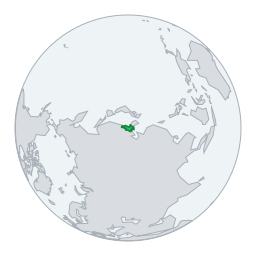 North Korea on an orthographic globe, rotated 240°
{"feature_id": "PRK", "entity_name": "North Korea", "entity_type": "country or territory", "adm_level": 0, "iso_a3": "PRK", "parent_name": "Asia", "parent_adm1": "", "projection": "orthographic", "projection_center": [127.346, 40.359], "detail": "fine", "context": "on_globe", "style": "filled", "palette": "green", "viewbox_px": 256, "rotation_deg": 240, "n_neighbors": 0, "source": "natural_earth", "source_scale": "50m", "svg_char_len": 13069}
<svg xmlns="http://www.w3.org/2000/svg" viewBox="0 0 256 256"><g transform="rotate(240 128 128)"><circle cx="128" cy="128" r="113" fill="#eef3f6" stroke="#a8b0b8"/><path d="M214.0,194.3L214.0,194.7L213.8,194.9L214.0,194.3ZM212.7,53.7L212.6,53.8L213.3,54.4L214.8,56.2L213.3,55.0L213.9,56.7L209.6,55.0L199.4,49.0L200.0,48.1L197.5,47.0L196.6,48.2L196.7,49.4L186.8,49.4L182.6,55.8L185.0,60.2L181.6,57.6L188.6,67.9L188.7,74.2L186.3,65.7L184.3,63.8L183.3,67.2L181.0,66.1L179.2,67.1L176.5,65.6L175.3,61.0L173.6,60.0L173.0,62.5L169.9,62.7L171.1,59.1L165.9,59.2L162.9,52.3L168.3,45.1L164.4,41.0L164.0,33.2L161.8,33.0L160.2,30.3L157.1,29.3L157.9,28.4L154.7,28.3L154.6,29.4L153.1,29.8L151.2,29.3L152.0,28.0L153.0,28.0L152.2,27.4L153.4,27.0L151.8,27.0L152.8,25.6L149.0,26.3L147.6,24.7L149.1,24.0L152.5,24.9L164.4,26.5L166.9,26.5L167.0,25.4L159.8,21.3L161.1,21.2L160.3,20.5L158.0,20.0L157.8,20.4L153.2,19.6L153.5,20.6L151.6,20.5L150.5,21.4L146.8,20.4L143.9,19.1L144.6,18.4L143.4,17.9L139.5,18.1L137.9,16.6L131.6,15.6L137.3,15.8L145.1,16.7L148.9,17.3L157.0,19.2L165.0,21.6L172.7,24.6L180.2,28.2L187.4,32.3L194.3,36.9L200.8,42.1L207.0,47.7L212.7,53.7ZM145.2,16.7L143.8,16.5L145.2,16.7ZM231.8,115.7L230.9,113.9L231.8,113.8L231.8,115.7ZM230.0,113.6L230.4,114.1L230.1,113.9L230.0,113.6ZM229.6,114.1L229.9,113.8L229.7,114.3L229.6,114.1ZM229.1,114.9L229.4,114.4L229.4,114.5L229.1,114.9ZM228.1,115.6L227.8,115.7L227.9,115.0L228.1,115.6ZM197.0,50.1L196.9,48.4L198.5,47.9L198.9,49.4L197.0,50.1ZM193.5,51.7L192.8,50.4L195.7,51.3L195.2,51.7L193.5,51.7ZM187.3,63.8L187.5,62.0L188.0,64.2L187.3,63.8ZM179.4,67.6L180.0,68.5L178.8,68.7L179.4,67.6ZM152.6,21.9L151.6,21.6L152.3,21.6L152.6,21.9ZM153.0,22.6L154.6,22.7L155.1,23.1L154.1,23.0L153.0,22.6ZM173.7,66.5L171.5,66.7L173.5,65.7L173.7,66.5ZM151.0,22.4L155.7,23.7L156.5,24.4L153.4,24.7L151.0,22.4ZM170.1,66.2L164.9,66.9L165.9,68.9L160.1,63.8L166.5,64.8L168.8,63.2L168.6,65.0L170.1,66.2ZM155.3,29.9L155.4,28.8L157.1,30.2L155.3,29.9ZM156.7,30.8L163.9,35.0L162.9,36.7L160.7,34.8L160.7,37.5L156.7,36.1L155.8,34.4L157.2,33.5L154.6,33.7L156.7,30.8ZM157.8,60.9L156.4,60.5L157.7,60.1L157.8,60.9ZM152.6,30.0L154.2,30.7L153.4,32.1L150.2,31.1L151.5,30.9L152.6,30.0ZM162.7,38.9L161.6,39.9L158.0,39.0L157.0,39.4L156.5,36.2L162.7,38.9ZM150.7,30.4L148.5,30.6L147.2,29.5L151.1,29.5L150.7,30.4ZM154.6,32.9L154.0,33.6L153.3,32.9L154.6,32.9ZM141.3,26.3L143.2,26.8L142.9,27.6L141.3,26.3ZM147.8,30.7L148.3,31.1L148.4,31.5L146.8,31.5L147.8,30.7ZM154.0,35.9L152.8,35.4L154.1,37.2L151.4,36.7L151.5,34.8L150.4,35.5L149.6,35.3L150.6,33.9L154.0,35.9ZM145.4,32.7L144.7,30.3L141.3,29.0L141.4,28.2L146.8,30.5L145.4,32.7ZM148.4,33.5L146.6,32.8L147.6,32.1L149.5,32.2L148.4,33.5ZM149.6,37.2L153.6,38.3L153.4,38.7L149.6,37.2ZM144.2,32.4L144.4,33.0L143.8,32.4L144.2,32.4ZM147.7,35.8L149.1,36.1L148.9,36.6L147.7,35.8ZM143.6,34.0L143.4,33.2L144.7,33.2L143.6,34.0ZM145.3,34.9L144.7,35.5L145.3,33.7L146.0,35.0L145.3,34.9ZM147.2,36.2L147.6,36.6L146.7,36.0L147.2,36.2ZM138.9,34.6L139.4,32.4L142.2,32.3L141.4,34.5L138.9,34.6ZM55.4,41.9L48.8,48.9L47.2,50.7L44.6,52.7L35.6,65.0L36.9,64.8L32.4,74.8L31.6,79.9L37.6,75.6L38.9,66.9L42.7,62.5L44.5,66.9L43.9,75.1L45.4,73.7L48.7,66.4L51.6,66.5L50.2,63.9L48.5,66.3L47.6,64.8L49.1,62.6L50.1,62.6L51.1,59.9L46.2,60.9L44.0,63.5L44.9,58.4L41.2,62.3L40.4,62.0L46.2,55.4L48.0,54.2L56.3,45.7L54.5,46.3L46.6,54.6L47.7,52.9L45.3,54.3L48.0,51.9L57.2,43.1L60.0,39.4L58.3,39.5L69.1,32.0L71.6,30.6L64.8,35.5L66.8,34.7L72.7,31.3L70.1,33.3L71.7,32.6L69.6,34.6L71.0,35.7L69.6,37.8L74.4,36.8L74.3,37.9L71.5,38.1L68.7,39.5L65.6,45.3L66.2,46.0L69.6,45.0L68.3,46.9L72.0,45.2L72.3,48.4L75.1,43.3L79.1,42.4L81.6,43.8L83.5,42.7L79.4,40.5L77.3,40.6L74.7,42.0L69.5,41.9L69.7,40.3L77.0,37.3L78.0,34.8L83.3,33.9L91.1,39.6L92.1,43.0L84.9,50.5L82.2,50.1L83.4,47.1L78.4,50.8L80.7,50.0L79.6,51.7L83.2,51.7L82.6,52.9L87.1,50.9L86.8,52.5L83.9,53.7L89.0,55.4L89.5,58.6L90.9,58.4L92.3,57.3L92.0,62.5L93.1,62.1L93.6,60.3L96.1,58.5L100.3,57.4L100.0,59.2L98.4,59.8L94.6,64.1L90.5,65.7L90.8,66.4L94.3,65.4L98.9,60.2L101.6,59.0L99.7,61.6L100.6,60.6L101.8,60.6L102.7,62.4L104.9,59.7L118.6,58.4L121.7,62.1L118.5,64.3L127.8,66.3L130.5,70.9L131.0,69.1L135.8,69.2L135.0,67.7L135.5,66.9L147.4,67.3L149.9,69.0L155.5,67.7L155.8,66.8L154.2,65.4L160.1,63.8L165.9,68.9L165.0,70.5L169.2,72.9L166.7,76.4L166.5,80.5L161.4,83.3L161.7,86.6L163.3,87.2L165.0,92.3L162.8,101.3L157.5,91.3L159.3,78.6L158.0,83.4L156.2,81.6L154.4,83.0L153.6,86.6L154.9,87.4L142.9,90.7L136.8,99.7L142.3,100.1L144.7,103.5L142.7,115.4L128.3,129.2L131.3,135.0L130.8,138.3L126.6,139.7L127.2,134.8L123.9,132.4L124.9,129.6L118.4,130.5L119.5,126.6L113.9,129.5L114.9,133.1L120.2,133.5L114.8,138.1L118.9,144.7L118.2,151.4L107.4,160.7L98.1,161.8L97.3,163.6L94.2,160.4L89.2,162.9L94.1,175.5L93.6,178.5L85.9,181.9L86.0,179.7L77.8,171.2L75.6,177.7L81.7,185.9L83.8,193.1L78.8,189.4L76.7,182.8L73.9,179.6L75.2,173.8L73.8,163.3L68.8,163.0L69.7,159.3L67.1,149.3L60.1,148.3L48.7,152.3L46.3,161.1L42.8,162.7L40.6,145.8L42.4,136.0L39.9,134.7L39.0,123.1L32.7,113.3L33.3,110.1L31.8,109.2L31.5,103.7L33.0,98.8L32.1,96.8L28.4,109.7L29.5,112.0L32.6,111.1L31.2,115.0L31.7,121.2L25.6,124.0L18.7,116.8L20.6,109.7L28.7,84.6L29.9,83.3L30.1,83.0L30.3,82.6L28.4,84.3L30.7,79.8L23.6,95.3L21.3,100.8L18.6,117.0L18.2,117.2L18.1,121.5L21.0,127.1L20.4,129.1L17.5,134.8L15.7,137.0L15.4,128.8L15.6,120.6L16.4,112.4L17.9,104.3L19.9,96.3L22.5,88.5L25.7,80.9L29.4,73.5L33.6,66.5L38.4,59.8L43.6,53.4L49.3,47.4L55.4,41.9ZM40.6,87.5L42.0,92.7L46.0,86.6L46.8,88.2L47.8,85.7L46.2,86.2L49.4,79.8L51.7,80.9L53.8,78.9L53.5,77.1L48.9,76.1L44.3,85.1L42.0,85.5L40.6,87.5ZM134.8,15.6L131.9,15.5L133.2,15.5L132.6,15.5L134.8,15.6ZM140.3,16.0L142.9,16.4L142.5,16.3L140.2,16.0L140.3,16.0ZM82.4,28.1L80.2,29.2L78.9,29.3L80.8,27.4L82.7,27.2L82.4,28.1ZM77.5,30.8L84.2,28.8L83.3,30.1L82.7,29.7L81.4,30.8L80.0,30.4L72.6,33.9L70.9,34.3L75.3,30.2L74.8,31.2L77.0,30.0L77.5,30.8ZM103.0,23.5L105.9,23.3L100.2,26.4L98.2,26.3L99.9,24.2L103.4,23.1L103.0,23.5ZM144.6,22.9L146.1,23.1L145.9,23.4L144.4,23.5L144.6,22.9ZM142.2,26.5L137.9,22.7L139.4,22.6L135.1,20.8L137.3,20.0L140.0,21.1L138.5,19.3L141.8,20.0L140.4,18.9L146.2,21.5L149.1,22.3L145.0,21.7L142.9,22.4L142.8,22.9L144.9,25.1L150.2,27.4L148.9,28.6L146.7,28.9L145.2,28.5L146.5,27.8L143.6,27.9L144.3,26.5L142.2,26.5ZM120.5,35.0L122.6,33.7L116.9,34.8L117.6,32.9L116.9,33.2L116.0,31.9L113.7,30.8L114.6,30.0L113.3,30.0L112.7,29.2L111.3,28.9L112.3,27.5L110.6,27.0L112.0,26.6L108.8,26.3L111.7,26.0L111.1,25.1L108.7,25.9L117.6,20.4L119.2,18.8L118.9,17.7L123.8,17.6L127.1,18.7L129.0,20.6L126.8,22.4L129.4,22.1L129.1,23.0L127.2,22.8L130.0,23.6L129.2,24.3L130.9,26.8L135.4,27.8L136.1,28.8L134.0,28.8L136.2,29.9L132.7,30.6L133.1,31.4L130.1,33.0L125.7,32.6L126.5,33.6L124.2,35.0L120.5,35.0ZM138.0,35.0L132.6,34.7L130.3,33.6L136.6,31.3L136.7,30.5L140.6,29.3L143.8,30.9L142.4,31.1L141.7,31.6L141.0,30.9L141.1,31.9L139.2,32.3L138.7,33.2L137.1,32.8L138.0,35.0ZM47.5,51.0L46.7,52.1L45.9,53.6L44.3,54.6L47.5,51.0ZM53.7,44.9L53.3,45.6L50.7,47.5L51.6,46.4L53.7,44.9ZM55.2,44.4L53.5,45.5L54.9,44.3L55.2,44.4ZM71.3,38.8L71.1,39.6L70.2,40.0L69.3,39.9L71.3,38.8ZM103.9,38.7L105.4,37.9L105.9,38.2L110.0,37.6L109.8,39.1L107.2,40.0L103.9,38.7ZM36.6,75.1L35.5,74.7L36.2,73.3L36.4,73.7L36.6,75.1ZM39.1,63.9L37.5,67.2L38.7,64.2L39.1,63.9ZM104.3,40.2L106.0,39.7L104.9,40.7L104.3,40.2ZM109.8,40.1L108.8,41.3L110.2,39.2L109.8,40.1ZM20.4,161.2L20.2,160.6L21.8,165.7L20.4,161.2ZM111.8,213.4L115.3,214.2L115.2,214.6L111.8,213.4ZM108.2,211.6L112.1,212.4L107.5,212.3L108.2,211.6ZM113.6,212.6L117.6,212.5L119.4,212.1L119.1,212.8L113.6,212.6ZM105.5,211.2L91.5,207.9L86.1,205.4L87.3,204.4L96.1,207.1L105.5,211.2ZM86.9,204.3L78.8,197.7L68.5,181.3L72.2,183.1L83.1,194.7L82.4,195.7L87.3,200.5L86.9,204.3ZM106.9,201.9L106.2,205.4L98.4,203.4L94.9,202.0L92.5,196.6L93.8,194.4L96.6,195.2L108.2,188.9L112.1,191.8L108.4,194.9L111.6,198.8L106.9,201.9ZM46.6,162.2L47.9,168.9L46.1,168.6L46.6,162.2ZM113.2,183.3L108.3,186.5L112.9,181.9L113.2,183.3ZM116.2,178.6L116.3,180.7L114.6,178.4L116.2,178.6ZM96.8,166.6L93.8,166.3L93.9,164.7L97.8,164.2L96.8,166.6ZM117.6,156.9L116.8,161.6L116.0,163.1L115.0,160.0L117.6,156.9ZM105.0,53.5L99.6,52.5L95.6,53.1L93.1,55.3L94.3,51.9L100.5,51.0L105.0,53.5ZM117.0,57.6L119.1,55.8L119.8,57.1L119.3,57.6L117.0,57.6ZM117.2,56.2L116.8,53.3L119.1,52.6L118.9,55.0L117.2,56.2ZM110.4,46.2L108.8,45.7L109.7,44.9L110.4,46.2ZM154.2,237.2L153.5,236.7L158.4,235.7L156.8,236.5L154.2,237.2ZM191.9,220.8L193.8,219.4L194.4,218.6L194.7,218.8L195.9,217.9L191.9,220.8ZM134.7,234.9L113.1,236.2L108.1,235.2L108.9,234.2L103.5,229.3L105.1,229.7L103.5,226.3L116.0,225.2L124.8,219.8L132.3,220.6L137.7,215.9L145.5,216.1L143.4,220.0L151.9,221.9L157.0,213.1L162.8,221.1L169.3,222.6L171.9,226.2L162.5,233.6L156.4,235.6L155.0,235.6L152.6,236.4L148.4,236.8L145.5,235.6L143.2,236.3L145.2,234.8L141.9,236.2L139.4,235.3L134.7,234.9ZM191.2,212.4L192.5,212.1L194.7,212.3L192.6,213.0L191.2,212.4ZM210.7,198.1L211.4,198.2L210.0,199.3L210.7,198.1ZM213.8,194.9L212.2,196.3L214.0,194.3L213.8,194.9ZM197.4,205.3L198.2,205.5L197.6,205.9L197.4,205.3ZM196.9,205.4L197.6,204.3L197.6,205.1L196.9,205.4ZM190.4,203.3L191.2,202.5L191.5,202.8L190.4,203.3ZM120.5,214.9L125.3,212.7L128.0,212.7L120.5,214.9ZM189.3,202.6L187.3,203.2L187.5,202.6L189.3,202.6ZM189.3,201.4L189.1,200.8L190.4,202.0L189.3,201.4ZM185.6,200.9L188.0,201.5L185.3,201.2L185.6,200.9ZM184.2,201.5L182.5,201.4L182.6,201.1L184.2,201.5ZM165.6,206.3L171.9,209.6L167.0,210.3L161.4,208.4L157.3,211.3L147.9,211.6L149.9,209.9L148.6,207.5L139.0,206.6L137.1,204.8L140.4,203.8L134.2,202.2L141.0,201.6L143.9,205.1L147.7,202.3L154.6,202.7L161.3,203.3L166.9,205.1L165.6,206.3ZM141.2,209.2L142.4,209.2L141.4,210.2L141.2,209.2ZM179.2,200.3L181.7,201.4L181.4,201.8L180.2,201.9L179.2,200.3ZM168.1,204.4L174.0,200.6L175.5,200.4L171.6,204.2L168.1,204.4ZM172.5,199.0L175.3,198.9L176.9,200.2L176.3,200.8L172.5,199.0ZM127.3,205.5L127.1,206.5L125.3,205.6L127.3,205.5ZM129.6,205.1L134.8,206.4L129.1,205.9L129.6,205.1ZM114.0,200.0L115.4,202.6L120.1,201.7L116.5,203.4L119.8,207.5L118.8,208.8L115.5,204.4L114.5,208.3L112.4,208.0L111.2,204.2L113.3,200.1L115.3,198.5L123.9,198.7L114.0,200.0ZM129.5,202.3L128.1,199.4L129.2,197.6L130.6,199.2L129.5,202.3ZM124.2,192.2L120.7,188.4L117.4,189.3L124.3,185.3L126.4,189.6L124.2,192.2ZM121.5,184.3L118.4,185.1L121.7,182.7L121.5,184.3ZM117.7,183.9L117.5,181.4L119.9,182.0L117.7,183.9ZM123.1,184.6L123.9,180.5L125.0,183.1L123.1,184.6ZM116.9,175.7L121.7,180.5L115.2,177.8L115.7,169.5L118.5,169.7L116.9,175.7ZM137.4,142.7L137.1,140.1L139.8,139.7L139.3,141.6L137.4,142.7ZM148.6,136.7L140.5,138.8L133.9,140.6L135.7,141.9L133.6,146.2L131.4,141.8L136.4,137.4L141.3,136.9L142.6,133.2L146.5,130.9L146.6,126.3L148.5,124.4L149.9,128.5L148.6,136.7ZM146.4,124.3L147.9,116.2L152.8,117.5L153.6,119.6L150.8,122.7L148.4,121.8L146.4,124.3ZM149.7,114.7L147.4,113.7L144.7,101.4L145.3,99.2L150.0,109.0L148.0,108.7L147.8,111.6L149.7,114.7ZM156.5,61.5L156.4,60.6L157.4,61.5L156.5,61.5ZM135.0,66.1L136.0,65.2L137.1,66.1L135.0,66.1ZM139.3,63.0L137.3,62.7L139.5,62.3L139.3,63.0ZM132.8,62.2L136.6,62.2L132.8,63.3L132.8,62.2Z" fill="#d9dde1" stroke="#a8b0b8" stroke-width="1"/><path d="M129.6,131.4L129.4,131.6L129.4,131.8L129.2,132.0L128.9,132.0L128.7,132.0L128.4,132.0L127.9,132.0L127.7,132.0L127.4,132.3L127.1,132.7L126.9,132.8L126.9,133.0L126.5,132.9L126.2,133.0L126.0,132.9L125.8,132.9L125.6,132.6L125.4,132.7L125.4,132.8L125.3,133.0L125.1,133.1L124.9,133.1L124.8,132.9L124.5,132.8L124.4,132.7L124.7,132.5L124.8,132.5L124.7,132.4L124.4,132.4L124.2,132.4L123.9,132.3L124.2,132.1L124.2,131.9L124.4,131.6L124.5,131.5L124.9,131.3L125.0,131.3L125.3,131.3L125.2,131.2L124.9,131.1L124.7,131.0L124.7,130.9L125.1,130.1L125.0,129.8L125.0,129.6L124.7,129.5L124.3,129.2L124.1,129.1L124.0,129.3L123.9,129.4L123.9,129.2L123.6,128.9L123.5,128.6L123.6,128.4L124.1,128.0L124.1,127.9L124.3,127.8L124.5,127.7L124.8,127.5L125.0,127.4L125.3,127.2L125.5,127.1L125.8,126.9L126.0,126.9L126.1,126.7L126.4,126.5L126.5,126.3L126.6,126.1L126.8,126.0L126.8,125.8L126.9,125.6L127.0,125.4L127.3,125.3L127.4,125.2L127.5,125.3L127.6,125.5L127.8,125.7L128.1,125.8L128.3,125.8L128.5,125.9L128.8,125.8L129.0,125.9L129.1,126.0L129.3,125.9L129.3,125.7L129.3,125.4L129.2,125.4L129.2,125.2L129.0,124.9L129.2,124.7L129.4,124.7L129.6,124.7L129.9,124.7L130.0,124.7L130.3,124.7L130.5,124.5L130.6,124.4L130.7,124.2L130.8,124.0L130.9,123.9L131.0,123.9L131.2,124.0L131.3,123.9L131.5,123.5L131.5,123.3L131.5,123.2L131.6,122.8L131.8,122.8L132.0,122.8L132.2,123.0L132.3,123.4L132.4,123.5L132.5,123.6L132.6,123.8L132.8,124.0L132.7,124.1L132.3,124.3L132.2,124.3L132.1,124.5L131.9,124.7L131.8,124.9L131.7,125.1L131.5,125.3L131.4,125.5L131.6,125.9L131.6,126.1L131.5,126.4L131.6,126.8L131.5,127.0L131.0,127.2L130.8,127.4L130.6,127.7L130.4,127.8L130.2,128.0L129.9,128.3L129.6,128.5L129.4,128.6L129.1,128.6L128.9,128.7L128.8,128.9L128.3,129.1L128.3,129.3L128.3,129.6L128.3,129.8L128.2,129.9L128.1,130.1L128.1,130.3L128.4,130.4L128.5,130.4L128.7,130.5L129.0,130.9L129.2,131.0L129.3,131.1L129.5,131.3L129.6,131.4ZM124.3,129.6L124.2,129.6L124.3,129.4L124.3,129.6Z" fill="#22c55e" stroke="#15803d" stroke-width="1.5"/></g></svg>